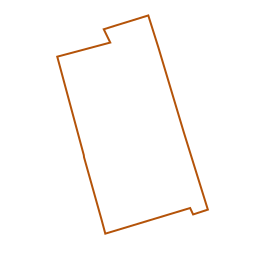 Holmes, Ohio, United States of America, rotated 73°
{"feature_id": "52423323B45716544412555", "entity_name": "Holmes", "entity_type": "district", "adm_level": 2, "iso_a3": "USA", "parent_name": "United States of America", "parent_adm1": "Ohio", "projection": "mercator", "projection_center": [-81.953, 40.556], "detail": "fine", "context": "isolated", "style": "outline", "palette": "amber", "viewbox_px": 256, "rotation_deg": 73, "n_neighbors": 0, "source": "geoboundaries", "source_scale": "gbopen_adm2", "svg_char_len": 331}
<svg xmlns="http://www.w3.org/2000/svg" viewBox="0 0 256 256"><g transform="rotate(73 128 128)"><path d="M59.9,75.4L26.3,75.7L26.4,109.9L26.5,122.3L41.1,120.0L39.1,174.8L141.0,178.2L143.1,178.6L208.4,180.1L222.4,180.6L222.7,92.0L229.7,91.0L229.4,75.5L148.7,75.9L59.9,75.4Z" fill="none" stroke="#b45309" stroke-width="2"/></g></svg>